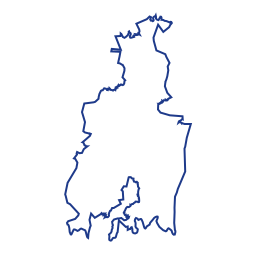 outline of Tepecoacuilco de Trujano, Guerrero, Mexico
{"feature_id": "50627088B4261822840541", "entity_name": "Tepecoacuilco de Trujano", "entity_type": "district", "adm_level": 2, "iso_a3": "MEX", "parent_name": "Mexico", "parent_adm1": "Guerrero", "projection": "equal_earth", "projection_center": [-99.467, 18.127], "detail": "fine", "context": "isolated", "style": "outline", "palette": "blue", "viewbox_px": 256, "rotation_deg": 0, "n_neighbors": 0, "source": "geoboundaries", "source_scale": "gbopen_adm2", "svg_char_len": 5862}
<svg xmlns="http://www.w3.org/2000/svg" viewBox="0 0 256 256"><path d="M67.0,222.9L67.5,224.5L68.2,224.7L68.7,225.6L69.3,228.0L69.7,232.0L70.7,234.4L71.2,234.5L71.5,234.2L73.7,229.6L74.1,229.4L75.4,229.7L77.5,230.9L78.8,230.3L80.5,228.8L81.3,228.6L85.1,230.3L85.6,231.2L86.9,236.2L87.4,237.4L88.1,237.9L88.5,233.1L90.0,227.3L90.7,225.7L89.5,219.8L91.1,213.6L94.8,217.8L100.5,214.3L101.4,213.3L101.8,214.1L102.6,213.7L103.0,214.7L103.9,212.9L103.9,213.9L104.2,213.5L105.1,213.5L104.7,214.0L104.7,215.3L105.7,215.2L105.5,215.7L105.8,216.0L105.2,216.6L104.9,217.3L105.4,217.0L105.8,217.2L106.9,217.0L107.5,217.2L108.0,217.0L108.9,216.0L109.0,215.3L108.7,214.2L109.1,213.6L109.1,212.9L110.1,210.8L110.9,210.6L112.1,208.0L113.7,208.0L120.8,203.8L119.1,200.1L123.3,199.5L122.8,191.3L121.5,190.0L123.8,186.3L126.5,186.5L128.7,177.3L129.0,177.1L130.4,177.1L131.0,177.3L131.7,178.3L133.5,178.6L133.4,180.1L134.0,181.5L134.4,181.4L135.7,182.3L136.1,182.3L136.8,181.8L137.8,182.8L137.6,184.0L137.9,184.3L137.8,185.0L138.0,185.9L138.0,186.6L139.2,188.4L138.7,189.1L138.2,191.2L138.1,193.5L138.3,195.2L137.6,195.0L137.9,196.2L138.8,197.1L139.0,197.9L139.0,198.3L138.8,198.7L139.1,198.9L139.2,201.1L139.0,202.0L138.2,202.2L137.5,201.7L135.5,201.6L135.0,202.4L133.8,203.1L133.0,204.0L132.1,204.0L131.0,204.9L130.4,204.7L130.5,205.7L130.4,206.0L129.2,206.9L128.8,207.1L127.3,206.9L126.3,207.8L125.7,208.9L124.9,210.8L124.4,211.4L124.0,212.4L124.3,212.7L123.9,213.0L124.3,213.5L124.6,214.5L125.0,215.0L125.5,214.9L125.4,215.2L125.9,215.4L126.1,215.9L126.4,215.9L126.4,216.3L127.0,215.9L127.0,216.5L127.8,215.9L127.8,216.3L128.2,216.5L128.0,216.9L128.2,217.5L128.9,217.2L128.7,217.9L128.1,218.5L127.5,218.7L126.1,219.9L124.2,220.3L121.3,218.0L118.9,218.5L117.8,218.4L114.0,219.5L112.1,221.8L112.5,224.2L112.8,224.6L112.9,225.4L112.3,226.6L112.6,227.9L111.7,230.1L111.6,231.3L111.4,231.9L110.7,233.0L109.0,234.5L109.4,236.1L109.2,239.2L109.5,240.1L110.6,240.6L111.4,240.4L112.9,238.1L113.3,237.9L115.0,237.8L115.6,237.4L115.9,236.8L116.9,233.2L117.6,232.2L118.9,220.4L125.8,226.9L127.7,226.5L127.7,229.9L129.6,229.0L130.2,229.0L131.0,227.5L131.7,227.2L132.4,229.2L132.3,230.3L132.6,231.9L132.8,232.4L133.3,232.9L134.2,233.3L135.3,233.4L136.7,232.8L137.2,232.1L137.5,231.2L137.8,229.4L137.7,229.1L136.1,227.7L135.5,226.6L135.6,223.4L135.4,222.2L135.0,221.5L134.8,220.9L135.1,219.2L136.0,218.0L137.5,218.7L138.4,219.9L140.6,219.0L141.2,219.1L141.8,220.0L142.7,222.1L144.1,227.0L144.7,228.2L145.3,228.5L145.8,228.1L146.8,226.4L149.6,224.6L150.2,222.7L152.9,219.6L154.1,218.0L155.5,217.0L157.0,216.5L157.6,216.6L157.8,217.0L157.6,218.2L156.4,221.0L157.2,223.2L159.4,226.9L163.2,230.2L165.8,231.3L166.5,231.0L167.6,229.1L168.1,228.5L168.6,228.3L170.6,229.7L171.6,230.7L172.2,232.7L173.0,234.1L173.8,234.7L174.8,234.5L174.9,233.8L175.3,232.6L175.4,231.1L174.9,229.9L174.2,222.9L174.6,212.0L174.5,207.8L175.0,196.7L176.8,192.6L177.8,189.0L185.2,171.5L184.5,148.6L185.2,146.7L186.8,137.7L190.8,124.0L184.6,124.0L182.4,123.3L182.0,123.5L181.9,123.0L179.5,122.1L179.1,122.1L178.5,122.6L178.7,121.9L179.2,121.1L180.8,120.5L182.4,118.9L182.7,119.1L182.5,116.3L169.8,115.3L160.5,112.6L158.0,109.5L158.2,104.7L159.0,104.0L158.8,103.8L159.3,103.8L159.3,103.4L160.4,102.7L160.7,102.7L160.9,103.0L161.1,102.8L160.9,102.3L161.4,101.7L162.0,101.6L162.3,102.3L162.6,102.0L162.3,101.8L162.6,101.3L162.5,100.9L163.0,101.2L163.1,100.8L163.9,100.2L165.0,100.5L165.0,101.1L165.3,100.4L165.7,100.3L165.7,99.8L166.4,100.3L166.9,99.9L166.8,100.4L167.4,100.3L168.5,98.7L171.3,97.3L167.3,92.8L164.9,86.3L165.3,82.9L165.5,82.0L165.4,81.8L166.4,79.4L167.3,76.2L168.3,70.3L167.7,66.5L169.5,62.9L166.4,57.0L165.3,54.2L156.4,50.4L153.8,40.9L153.5,37.6L158.1,24.7L163.3,31.9L169.2,27.1L170.2,25.0L171.8,23.1L171.8,22.9L171.3,22.0L170.7,21.8L170.4,22.0L170.3,22.3L170.1,22.2L169.7,22.5L169.3,22.1L168.9,22.1L166.5,21.1L164.5,20.8L163.4,20.0L161.5,19.8L161.7,19.2L161.4,18.5L161.5,17.8L161.3,17.2L160.9,17.5L160.3,16.9L158.5,20.1L157.1,19.7L156.0,18.6L156.0,16.9L155.7,15.4L155.4,16.0L153.9,16.8L153.0,18.0L153.7,20.1L153.3,20.9L152.7,21.2L151.6,20.5L150.8,20.5L150.6,19.5L150.3,19.4L151.0,17.2L149.6,16.5L146.8,19.2L136.4,23.7L139.2,29.5L139.5,31.3L139.1,32.4L138.7,32.9L139.4,34.2L138.9,33.9L139.0,34.2L138.5,33.9L138.4,34.0L138.1,33.7L137.7,34.4L135.9,34.2L136.7,35.0L133.7,35.4L133.3,36.0L133.3,36.4L133.4,36.8L133.9,36.7L134.0,36.9L130.9,37.8L130.2,37.6L129.8,36.5L130.2,35.3L130.7,34.7L130.7,33.5L130.4,33.0L130.1,32.9L129.3,32.0L129.1,31.4L128.8,31.6L129.0,32.1L128.8,32.9L128.5,33.2L128.0,34.9L125.9,36.9L124.5,37.8L122.9,37.0L121.4,34.1L120.7,33.5L120.7,34.0L120.8,34.0L120.7,34.5L120.9,34.9L120.8,35.6L120.5,36.0L115.5,36.3L120.8,49.7L111.8,48.9L111.3,51.4L120.4,51.8L119.5,56.7L118.1,63.0L120.1,63.5L122.3,64.9L122.7,64.9L124.5,68.2L124.4,70.8L122.5,77.3L125.2,80.3L124.5,80.9L124.2,83.5L123.5,84.7L122.8,85.1L122.3,84.8L121.5,84.8L121.1,84.5L120.8,84.9L120.6,84.8L119.5,85.7L118.6,84.8L118.2,85.5L118.2,86.3L117.4,86.5L117.4,87.4L116.5,87.0L116.0,87.2L116.4,88.0L116.4,88.5L116.1,88.6L115.6,88.3L115.4,89.6L115.2,89.4L115.1,89.9L114.8,89.7L112.6,90.2L112.6,90.4L111.4,89.9L110.4,89.9L110.0,88.8L109.6,88.4L109.6,89.1L109.0,89.2L108.9,88.5L108.4,88.6L108.6,89.0L107.7,89.6L107.7,90.1L107.1,90.0L107.1,89.7L105.9,88.7L104.2,88.3L102.7,90.3L101.6,90.4L100.9,90.9L99.4,94.0L98.7,96.9L98.5,98.8L95.2,101.8L93.7,102.3L84.3,103.5L82.0,112.1L85.0,122.1L83.3,131.2L85.0,132.5L88.4,133.3L89.1,133.7L89.5,133.4L90.8,133.9L89.9,135.9L82.6,142.2L83.4,142.4L83.5,143.0L84.2,144.3L84.3,144.9L84.6,145.0L84.8,145.5L85.7,145.7L86.0,146.3L87.4,146.3L83.8,149.1L82.0,152.9L79.5,153.2L77.1,152.0L76.6,153.5L77.0,154.5L74.0,158.4L75.2,158.8L77.4,162.6L76.4,168.1L67.6,182.8L65.2,194.4L65.7,195.9L67.4,202.8L70.1,204.2L78.8,213.7L78.3,215.4L75.2,218.9L68.2,221.2L67.0,222.9Z" fill="none" stroke="#1e3a8a" stroke-width="2"/></svg>